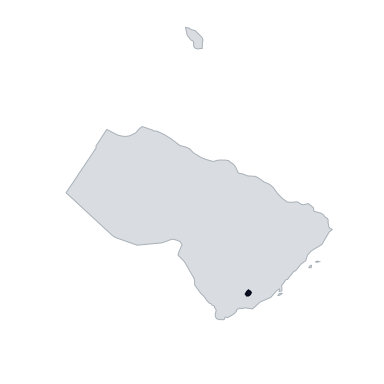 Kushar, Hajjah, Yemen (highlighted), rotated 233°
{"feature_id": "15242507B36240154715338", "entity_name": "Kushar", "entity_type": "district", "adm_level": 2, "iso_a3": "YEM", "parent_name": "Yemen", "parent_adm1": "Hajjah", "projection": "equal_earth", "projection_center": [43.47, 16.172], "detail": "fine", "context": "in_parent", "style": "filled", "palette": "ink", "viewbox_px": 384, "rotation_deg": 233, "n_neighbors": 0, "source": "geoboundaries", "source_scale": "gbopen_adm2", "svg_char_len": 3873}
<svg xmlns="http://www.w3.org/2000/svg" viewBox="0 0 384 384"><g transform="rotate(233 192 192)"><path d="M293.2,161.6L282.0,167.0L279.1,169.4L276.4,172.3L274.4,176.0L273.1,182.5L274.3,188.4L274.2,191.6L271.3,193.7L268.6,195.3L265.6,197.6L263.7,198.1L262.3,200.0L260.5,201.3L254.2,204.6L247.3,207.2L236.4,210.3L232.2,213.7L228.3,216.0L222.5,216.7L214.4,219.9L210.0,222.5L204.4,226.6L203.2,228.0L202.2,231.1L200.6,233.7L197.2,238.1L194.7,240.3L193.0,240.4L189.8,241.7L185.9,241.9L179.4,240.4L177.7,241.4L176.4,243.1L171.4,246.1L166.3,252.1L162.6,253.7L156.6,255.6L152.4,258.1L149.5,259.1L145.9,259.6L139.1,259.4L132.7,260.3L126.8,261.9L124.0,265.1L120.8,270.2L115.6,272.3L114.4,274.1L112.8,277.9L109.5,278.8L106.4,279.5L103.3,277.8L97.4,282.3L95.2,283.1L91.8,283.3L89.4,284.2L87.7,283.9L85.6,282.2L81.0,280.0L77.7,281.4L77.4,277.2L71.9,264.1L73.1,252.8L73.1,251.2L72.0,246.1L68.7,241.5L68.8,235.6L67.7,231.5L66.8,227.2L67.1,226.0L67.2,225.0L65.5,218.4L65.0,217.0L64.7,215.6L65.3,214.6L65.3,213.3L64.4,211.3L63.5,207.5L59.0,204.4L59.9,201.6L60.8,202.6L62.0,203.4L62.2,201.6L62.2,200.2L60.4,191.7L63.1,180.2L62.2,170.0L66.4,165.8L67.5,164.6L68.1,163.5L69.1,161.1L70.5,160.4L70.9,157.9L70.9,156.7L70.0,155.6L69.4,152.8L69.6,149.1L69.8,147.6L70.3,144.8L71.7,143.8L72.1,143.0L70.9,141.2L71.1,140.2L73.5,137.2L74.5,136.4L76.1,135.4L77.4,135.5L78.9,136.0L80.2,136.8L81.4,138.3L82.8,140.0L84.8,140.6L86.2,140.5L87.3,141.2L88.3,140.8L89.4,139.9L91.1,140.0L92.7,139.0L97.1,138.5L101.4,138.8L105.9,138.0L110.4,138.1L114.9,138.1L115.9,138.2L116.9,138.8L120.7,141.4L123.6,141.9L129.4,142.6L135.6,143.4L141.0,144.0L145.5,143.4L149.3,142.9L150.3,143.0L151.5,144.6L153.8,148.6L156.0,152.4L159.7,152.6L162.1,151.2L164.8,149.2L166.4,147.6L168.2,141.5L169.4,137.5L172.2,133.0L174.5,129.3L177.5,124.3L179.2,121.6L182.5,116.2L185.7,114.1L191.8,110.0L197.9,106.0L201.8,103.4L205.2,102.2L210.8,101.2L217.4,100.0L224.0,98.8L231.1,97.5L238.9,96.1L244.3,95.1L251.2,93.9L256.9,92.9L262.0,91.9L267.2,91.0L268.2,94.0L269.3,97.0L270.3,100.0L271.3,103.0L272.4,106.0L273.4,109.0L274.5,112.0L275.5,115.0L276.6,118.0L277.6,121.0L278.7,124.0L279.7,127.0L280.7,130.0L281.8,133.0L282.8,136.0L283.9,139.0L284.9,142.0L286.5,142.9L287.5,145.7L288.9,149.7L290.4,153.7L291.8,157.6L293.2,161.6ZM310.5,283.3L311.9,283.7L314.0,282.6L320.1,282.5L327.4,285.9L326.1,286.8L325.3,288.0L322.1,289.1L318.9,291.7L309.6,293.0L306.8,292.3L304.6,289.8L300.4,286.5L302.0,284.4L302.3,283.4L302.9,282.5L305.3,280.9L307.6,281.2L310.5,283.3ZM61.9,242.7L61.6,243.3L61.2,243.2L59.8,241.6L61.3,239.8L62.1,241.5L61.9,242.7ZM57.5,202.3L56.8,203.0L56.6,201.8L57.0,199.1L57.8,198.4L58.3,200.3L57.9,201.4L57.5,202.3ZM61.2,250.8L59.7,251.8L60.7,249.3L61.7,248.8L62.0,248.9L61.2,250.8Z" fill="#d9dde1" stroke="#a8b0b8" stroke-width="1"/><path d="M79.6,178.2L79.7,177.9L79.6,177.7L79.6,177.4L79.6,177.2L79.5,176.9L79.4,175.8L79.3,175.4L79.2,175.3L79.0,175.2L78.9,175.2L78.7,175.1L78.4,175.0L78.4,174.9L78.3,174.7L78.5,174.7L78.4,174.7L78.5,174.5L78.4,174.5L78.4,174.4L78.5,174.3L78.5,174.2L78.4,174.1L78.5,174.0L78.5,173.9L78.4,173.9L78.3,173.7L78.3,173.4L78.0,173.5L77.8,173.5L77.7,173.6L77.4,173.5L77.2,173.5L77.1,173.4L76.9,173.4L76.7,173.3L76.7,173.2L76.4,173.2L76.4,173.3L76.2,173.4L76.2,173.5L75.9,173.7L75.8,173.8L75.7,173.9L75.7,174.0L75.4,174.2L75.4,174.3L75.3,174.5L75.2,174.7L75.2,174.8L75.2,175.0L75.1,175.3L75.1,175.5L75.2,175.8L75.3,175.8L75.2,176.0L75.3,176.1L75.2,176.2L75.2,176.3L75.1,176.5L75.2,176.8L75.2,177.0L75.4,177.1L75.5,177.1L75.6,177.3L75.6,177.5L75.7,177.8L75.7,178.0L75.8,178.1L75.8,178.3L75.8,178.2L76.0,178.2L76.0,178.3L76.2,178.6L76.3,178.7L76.3,178.8L76.5,178.8L76.5,178.7L76.6,178.4L76.8,178.4L77.0,178.4L77.0,178.5L77.3,178.6L77.5,178.7L77.8,178.7L78.0,178.7L78.2,178.4L78.3,178.2L78.5,178.1L78.8,178.1L79.1,178.2L79.3,178.2L79.5,178.2L79.6,178.2Z" fill="#0f172a" stroke="#020617" stroke-width="1.5"/></g></svg>